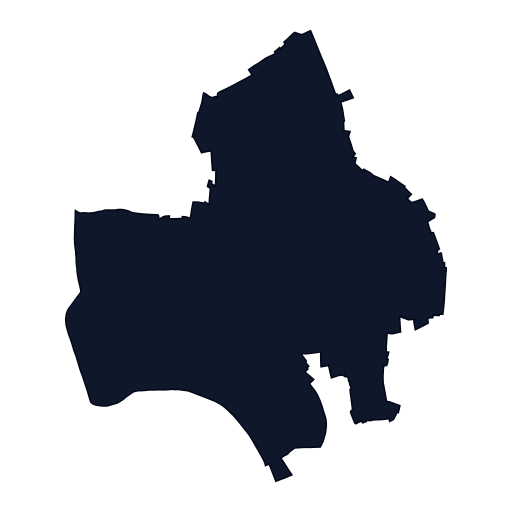 Kim Dong, Hưng Yên, Vietnam (Robinson projection)
{"feature_id": "81297802B31840185218616", "entity_name": "Kim Dong", "entity_type": "district", "adm_level": 2, "iso_a3": "VNM", "parent_name": "Vietnam", "parent_adm1": "Hưng Yên", "projection": "robinson", "projection_center": [106.041, 20.745], "detail": "fine", "context": "isolated", "style": "filled", "palette": "ink", "viewbox_px": 512, "rotation_deg": 0, "n_neighbors": 0, "source": "geoboundaries", "source_scale": "gbopen_adm2", "svg_char_len": 6013}
<svg xmlns="http://www.w3.org/2000/svg" viewBox="0 0 512 512"><path d="M274.5,51.9L275.6,53.3L273.7,54.4L271.6,55.5L269.1,56.5L267.4,57.4L266.1,57.9L265.0,58.7L259.4,62.6L257.6,63.8L256.3,64.5L254.4,65.6L250.7,68.2L248.6,69.7L252.1,75.1L233.6,85.1L225.7,89.1L219.7,91.9L218.4,92.6L217.9,93.2L217.6,93.8L217.4,95.5L217.3,97.0L215.9,96.6L215.1,96.6L214.4,96.8L213.7,97.3L213.1,97.4L212.2,97.5L211.6,97.4L210.6,97.1L209.4,96.6L208.2,95.7L205.7,93.8L203.6,92.9L203.1,95.0L202.0,102.1L199.0,112.0L198.4,112.3L197.9,112.8L197.6,113.4L196.9,117.4L193.7,131.0L192.2,136.9L193.7,137.3L196.4,142.6L199.2,148.0L201.5,152.8L206.1,151.7L211.2,150.9L211.7,160.0L212.3,168.2L212.5,170.4L215.9,170.4L215.8,176.5L215.4,186.1L211.3,183.5L211.9,181.4L211.0,181.0L209.5,180.3L209.1,180.2L208.3,183.2L207.4,186.5L210.4,188.4L209.5,198.2L209.1,204.6L205.0,201.8L204.6,203.1L200.7,202.6L198.9,202.2L196.8,202.1L193.1,202.0L192.8,203.5L191.8,208.6L191.5,210.7L191.1,213.5L190.7,215.8L190.2,218.2L187.7,217.4L185.4,216.8L182.3,216.6L182.2,218.5L181.2,218.5L169.4,218.9L169.4,215.9L167.6,216.0L165.3,216.1L162.8,217.0L160.8,218.3L159.7,218.6L159.3,218.6L159.1,218.5L158.8,218.1L158.7,217.7L158.7,217.0L158.7,216.3L158.5,215.5L158.1,215.0L157.6,214.8L156.0,214.7L149.9,214.5L144.1,214.1L139.0,213.6L131.8,212.6L129.4,211.3L126.5,210.4L123.3,209.7L121.1,209.5L118.5,209.5L116.7,209.7L115.6,210.0L105.8,210.0L104.1,210.3L102.0,211.1L99.2,211.4L93.1,212.8L88.5,213.1L83.3,212.8L79.9,213.1L78.0,212.1L75.3,210.5L75.3,214.9L75.1,221.5L74.8,227.3L74.5,238.5L74.8,244.4L75.1,247.3L75.6,251.1L76.2,258.8L76.2,262.3L76.6,266.2L77.0,268.6L77.1,271.9L77.7,275.9L78.5,280.6L79.9,286.2L80.7,289.9L80.7,292.2L79.7,293.8L77.4,296.7L70.9,305.6L69.0,308.0L67.5,310.6L66.3,314.4L65.7,319.0L65.9,322.5L66.2,325.2L66.8,327.8L68.8,334.8L70.5,339.2L72.4,345.2L73.7,349.7L76.2,356.5L79.6,367.8L80.8,371.6L82.5,376.1L87.1,389.9L88.4,394.4L89.5,398.2L90.8,402.2L92.7,403.9L95.7,405.0L100.4,405.8L103.7,406.0L106.9,406.0L109.2,405.4L113.2,404.2L117.2,403.1L122.6,399.8L126.6,396.5L133.1,392.0L135.4,391.3L138.3,390.7L143.1,390.6L150.0,389.9L153.1,390.0L158.3,389.8L162.8,389.9L168.1,389.7L171.7,389.3L174.4,389.6L178.6,389.5L183.9,390.3L185.7,390.5L188.2,390.9L191.6,392.1L200.4,395.5L207.0,398.0L214.9,401.2L220.2,404.0L223.6,406.4L227.6,409.9L233.2,415.3L236.7,419.2L239.3,422.4L245.5,430.3L248.8,434.5L251.7,439.0L254.0,443.1L261.1,455.4L263.4,459.7L264.8,462.8L265.2,464.1L265.4,465.6L269.2,464.2L275.9,481.3L279.4,479.9L284.0,478.2L287.4,476.8L291.9,474.9L291.0,473.6L287.9,468.9L285.4,465.0L283.9,462.5L280.9,458.2L283.6,456.2L285.5,455.1L287.1,454.4L288.2,453.5L289.0,452.3L294.6,448.0L300.3,447.6L304.1,447.4L310.6,447.4L315.5,447.2L320.4,447.0L321.9,443.7L323.1,441.5L323.5,440.0L324.2,437.3L325.1,434.5L325.5,432.8L326.0,428.8L326.3,426.0L326.3,424.0L326.3,422.8L326.0,420.3L325.7,418.4L324.5,414.4L323.6,411.7L321.9,405.9L320.9,403.2L320.0,400.7L317.9,395.9L315.9,392.3L314.7,390.6L312.5,387.7L309.4,383.7L313.8,379.5L310.1,376.3L305.0,372.1L307.9,369.0L307.0,367.7L308.8,366.3L305.6,362.4L306.4,361.2L304.9,359.0L303.1,356.7L301.2,353.8L303.0,353.7L306.7,353.8L313.1,353.0L317.5,352.4L320.7,351.9L320.7,355.7L320.8,361.6L321.0,366.8L322.4,366.6L328.6,365.5L330.0,371.9L331.4,377.9L334.7,376.8L337.3,375.9L339.8,375.3L341.6,375.2L343.3,375.1L344.4,375.0L344.3,376.4L346.7,376.8L347.4,377.1L347.8,377.4L348.3,378.1L348.6,380.8L348.7,381.2L349.2,381.5L349.4,381.8L349.4,383.0L349.6,384.0L350.1,385.5L351.0,387.6L351.3,388.1L351.3,388.5L351.1,388.6L350.8,388.8L350.1,389.2L350.1,390.7L350.4,393.4L351.1,398.4L351.8,404.0L352.4,408.5L352.4,409.3L352.2,409.8L351.7,410.4L350.5,411.5L350.5,411.9L351.2,414.1L353.1,419.0L354.9,423.3L355.2,423.6L355.6,423.7L356.2,423.6L360.1,421.6L360.8,421.4L361.5,421.2L362.7,422.9L366.2,421.6L366.0,420.5L371.0,420.6L373.2,420.0L377.5,419.7L379.5,419.7L384.5,419.3L389.0,418.7L389.7,421.5L392.0,420.3L392.7,420.0L393.4,419.4L393.8,418.9L395.8,415.0L397.0,412.3L398.3,412.7L399.3,408.5L399.9,405.6L394.0,403.5L390.0,402.0L387.8,401.5L386.5,401.6L385.9,397.6L384.6,390.3L383.1,382.3L383.0,375.9L383.5,366.5L384.0,366.5L384.5,365.4L386.6,365.6L387.5,363.2L388.2,359.3L386.8,358.7L388.0,355.0L388.7,352.1L386.2,351.9L386.3,346.0L387.0,335.1L387.2,333.1L391.9,333.8L393.4,333.6L397.4,332.6L400.6,332.0L400.1,325.4L399.8,320.6L399.7,316.5L408.4,319.8L414.4,319.3L413.9,320.6L413.9,322.2L414.5,325.0L415.3,329.8L428.2,323.2L427.9,319.5L427.8,318.1L432.8,317.7L433.2,315.3L436.4,315.4L439.2,315.5L439.4,314.2L442.8,314.3L443.5,308.8L444.2,301.4L444.6,294.3L445.1,287.1L445.9,273.5L446.3,269.0L446.3,267.8L444.7,267.8L444.5,262.7L443.1,263.2L441.3,253.2L441.1,252.9L440.4,253.0L439.8,253.2L439.0,253.6L438.1,253.9L437.5,254.1L436.9,254.0L437.1,252.7L437.8,250.7L438.2,250.0L438.7,249.5L439.4,249.0L438.9,247.7L437.7,244.4L433.4,232.6L431.3,232.8L429.3,228.1L428.1,223.6L427.6,221.7L434.5,217.6L435.0,214.5L434.5,213.7L432.3,212.9L428.4,211.1L423.8,201.5L422.6,199.6L422.1,199.0L416.6,201.1L411.7,202.6L407.3,198.9L409.4,196.3L411.4,194.3L407.7,190.8L405.3,188.3L404.3,187.3L405.0,186.4L403.9,185.6L397.1,180.9L395.0,179.4L390.7,176.7L388.7,182.3L382.7,179.5L375.7,176.5L373.6,175.6L370.8,173.2L369.0,172.1L363.7,169.2L362.6,170.8L359.5,167.8L354.9,163.7L356.1,157.8L352.9,157.0L354.0,155.3L355.3,153.7L353.9,152.0L353.1,150.9L352.6,149.6L351.7,146.4L350.4,142.3L349.0,138.3L348.6,136.6L348.8,135.3L349.3,133.8L349.9,132.3L350.1,131.5L347.4,131.1L343.9,130.8L343.9,129.0L343.7,125.5L343.6,122.1L344.4,120.8L343.7,116.9L342.6,109.4L342.3,108.3L341.4,108.5L341.1,107.4L342.0,107.1L340.8,102.1L353.3,97.8L349.5,90.0L348.7,90.5L343.1,93.3L341.3,94.3L338.1,95.7L337.3,94.0L336.2,94.4L335.9,94.4L335.6,94.2L333.3,88.0L331.3,82.3L327.5,72.1L325.3,66.3L321.0,56.2L316.7,45.7L314.6,40.4L310.6,30.7L307.9,31.8L305.2,33.2L303.4,34.0L302.2,34.4L300.5,34.4L298.2,33.6L294.8,32.4L294.0,32.8L291.3,35.3L286.9,39.5L283.9,42.1L285.2,44.2L282.0,47.3L280.5,48.8L279.7,47.5L277.1,49.7L274.5,51.9Z" fill="#0f172a" stroke="#020617" stroke-width="1.5"/></svg>